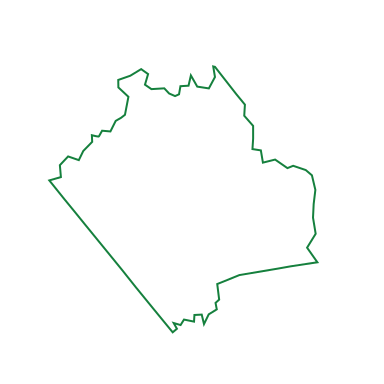 outline of Fayette, Pennsylvania, United States of America, rotated 51°
{"feature_id": "52423323B77989580775491", "entity_name": "Fayette", "entity_type": "district", "adm_level": 2, "iso_a3": "USA", "parent_name": "United States of America", "parent_adm1": "Pennsylvania", "projection": "equal_earth", "projection_center": [-79.699, 39.932], "detail": "fine", "context": "isolated", "style": "outline", "palette": "green", "viewbox_px": 384, "rotation_deg": 51, "n_neighbors": 0, "source": "geoboundaries", "source_scale": "gbopen_adm2", "svg_char_len": 1114}
<svg xmlns="http://www.w3.org/2000/svg" viewBox="0 0 384 384"><g transform="rotate(51 192 192)"><path d="M107.8,96.5L117.1,101.8L122.1,113.7L113.4,121.6L100.7,119.5L107.2,127.8L102.5,134.4L107.9,140.6L106.8,144.8L101.0,147.8L94.0,148.3L86.5,158.8L79.0,161.0L72.7,151.9L64.5,154.2L62.8,166.8L58.5,178.8L64.4,183.4L78.0,181.5L89.8,195.5L89.7,200.4L88.7,206.5L93.6,217.3L87.8,223.3L90.1,229.1L90.1,229.7L89.2,230.6L88.2,231.5L84.9,234.1L90.2,238.0L91.7,250.7L96.0,259.9L86.4,265.9L88.0,277.8L97.9,284.5L93.2,295.6L116.7,295.7L116.8,295.7L133.6,295.6L150.1,295.6L207.3,295.4L208.2,295.4L230.6,295.6L257.4,295.5L288.9,295.3L288.8,289.8L282.3,288.7L288.2,284.6L286.1,278.5L294.0,272.0L289.1,267.5L293.4,261.6L302.2,265.8L297.6,256.0L298.8,246.6L293.0,243.5L292.7,238.6L279.4,230.3L286.4,207.4L305.5,173.6L311.8,162.2L325.5,138.8L307.7,137.6L302.3,122.2L288.1,114.1L277.9,105.0L268.0,94.8L254.5,88.3L246.5,89.8L235.3,96.9L233.5,102.8L219.1,107.0L213.8,118.4L203.0,112.3L196.7,118.0L189.1,111.0L179.1,102.9L165.6,103.4L157.4,95.9L143.9,96.0L109.2,95.4L107.8,96.5Z" fill="none" stroke="#15803d" stroke-width="2"/></g></svg>